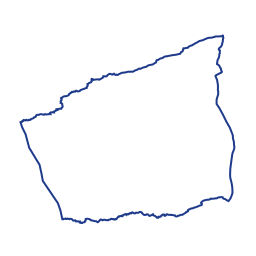 the district of Maravia, Tete, Mozambique, rotated 273°
{"feature_id": "85939544B82621359487865", "entity_name": "Maravia", "entity_type": "district", "adm_level": 2, "iso_a3": "MOZ", "parent_name": "Mozambique", "parent_adm1": "Tete", "projection": "equal_earth", "projection_center": [32.061, -15.024], "detail": "fine", "context": "isolated", "style": "outline", "palette": "blue", "viewbox_px": 256, "rotation_deg": 273, "n_neighbors": 0, "source": "geoboundaries", "source_scale": "gbopen_adm2", "svg_char_len": 5764}
<svg xmlns="http://www.w3.org/2000/svg" viewBox="0 0 256 256"><g transform="rotate(273 128 128)"><path d="M225.3,217.7L224.5,216.8L224.4,216.3L224.5,215.8L224.1,213.3L224.1,211.0L223.7,209.9L223.4,209.7L223.0,207.7L222.7,207.3L222.5,206.4L222.4,204.4L221.7,202.1L221.0,201.0L220.5,199.6L219.9,198.8L219.5,197.8L218.6,194.7L217.6,193.4L216.3,191.1L216.0,190.8L215.9,190.4L215.0,189.3L214.8,188.7L214.1,188.1L213.8,187.0L212.6,184.7L212.0,183.9L211.5,183.8L211.2,183.4L210.9,181.3L210.5,180.4L210.5,179.3L209.7,179.2L209.3,178.7L208.3,178.8L207.7,178.6L207.1,178.2L206.8,177.3L206.5,177.0L204.8,176.2L204.3,174.0L203.9,173.1L202.8,167.4L202.2,165.3L202.1,164.4L201.6,163.2L201.6,162.1L201.2,161.0L200.9,160.3L199.8,158.9L199.5,158.3L199.3,157.3L198.7,156.0L197.7,154.8L197.2,153.1L196.7,152.8L195.2,152.7L194.8,152.4L194.4,151.5L192.8,149.5L191.8,145.7L191.5,144.8L190.6,143.8L190.1,142.9L189.1,139.7L188.5,138.7L187.7,137.0L187.9,136.3L187.6,135.3L186.8,134.4L185.9,132.2L184.4,129.8L184.5,128.2L184.2,127.1L184.3,126.0L184.1,124.6L183.4,122.9L183.4,122.1L182.9,120.0L182.9,119.1L181.8,117.2L181.4,116.2L180.8,115.5L180.4,114.7L180.7,113.7L180.4,113.1L180.6,112.7L180.6,112.0L181.5,111.2L181.2,110.4L180.7,110.1L180.5,109.6L180.6,108.9L181.2,107.6L181.1,106.8L180.7,106.0L180.3,105.6L179.7,104.7L178.5,104.0L178.3,102.7L178.5,101.3L178.4,100.6L177.4,100.6L177.0,100.3L175.3,97.8L175.2,97.3L174.7,96.7L175.0,96.0L174.9,93.8L174.2,91.0L174.5,90.5L175.0,90.2L175.1,89.2L174.7,89.0L173.7,89.0L172.9,89.4L171.9,88.9L170.7,86.5L170.1,86.0L169.8,85.2L168.2,85.6L166.8,84.6L166.0,84.8L163.4,78.6L162.5,78.0L162.1,77.1L161.9,75.8L162.6,74.4L162.5,74.1L161.8,73.7L161.5,73.3L161.8,72.3L160.9,71.1L161.2,70.4L161.2,70.2L160.1,69.2L160.1,68.7L159.4,68.4L159.0,67.5L157.8,67.1L156.9,65.7L156.7,64.7L156.3,63.8L156.4,63.1L156.3,62.5L155.6,61.3L155.1,60.9L154.6,59.7L153.9,59.6L153.4,60.2L152.5,60.2L152.2,60.1L151.5,59.4L150.7,59.3L149.9,59.9L149.4,59.6L149.0,60.6L148.5,61.1L147.5,61.1L147.0,61.4L145.7,61.6L144.9,60.9L143.7,60.3L143.8,59.2L143.6,58.4L143.4,57.9L143.0,55.4L142.6,55.4L142.2,56.3L140.7,53.4L139.7,53.4L139.8,53.1L139.7,52.9L139.9,52.0L139.6,51.4L139.6,50.1L139.1,49.5L138.0,49.8L138.3,48.9L137.6,48.5L137.6,47.5L137.2,46.0L137.5,44.7L137.4,44.1L136.8,43.4L137.1,42.7L137.0,42.1L137.3,40.2L137.0,39.1L136.6,38.6L136.4,37.9L136.5,37.0L136.3,36.4L135.7,35.6L134.3,35.2L133.8,33.7L132.9,33.1L132.3,31.8L132.0,30.9L131.1,30.2L130.9,29.5L131.1,28.8L130.9,28.4L130.6,28.3L130.4,27.9L130.4,26.8L130.9,26.1L130.6,25.5L130.2,25.2L130.6,23.4L130.2,23.0L129.6,23.0L129.3,22.0L128.7,22.0L128.5,20.9L128.2,20.3L123.1,22.3L116.3,26.1L103.2,30.3L86.6,41.6L78.3,43.9L70.7,45.7L49.3,61.9L42.3,64.8L32.7,67.4L33.2,67.4L33.5,68.2L33.9,68.6L34.0,69.8L34.3,70.3L34.2,70.8L33.9,71.0L33.9,71.5L34.4,72.3L34.1,72.9L34.1,74.2L33.9,74.4L34.2,74.8L34.3,75.7L34.1,76.6L32.6,78.2L32.6,78.9L33.1,79.9L32.6,80.8L32.0,81.0L32.0,81.8L32.2,83.6L31.9,84.4L32.0,84.7L31.4,84.7L31.4,85.0L31.0,84.9L30.8,85.5L30.7,86.5L30.9,86.8L30.8,87.2L31.0,87.3L31.3,87.8L31.7,89.6L32.3,89.9L32.8,89.9L33.1,90.4L34.4,90.6L34.9,90.5L35.3,92.2L34.9,94.5L34.5,95.0L34.4,95.5L33.9,95.7L33.8,96.0L33.8,97.0L33.2,100.0L33.3,100.9L32.3,102.7L33.6,104.2L34.1,104.3L35.2,105.5L35.0,106.4L34.5,107.5L34.9,108.0L35.2,109.4L34.8,110.8L34.9,112.4L34.8,112.9L34.9,113.2L35.3,113.4L35.7,115.0L36.0,115.5L36.4,115.8L36.5,116.2L36.2,117.1L36.3,118.6L35.9,118.8L35.8,119.7L36.6,120.6L36.6,120.9L36.4,121.1L36.5,121.3L38.4,122.5L38.6,122.8L38.7,123.4L39.4,123.6L39.5,124.7L39.8,125.3L39.6,126.2L40.1,126.6L39.8,127.2L40.7,127.6L41.1,128.0L41.3,129.0L41.9,129.8L41.9,130.2L41.7,130.2L41.5,130.7L41.2,130.9L41.9,131.5L41.9,132.1L42.1,132.5L41.8,132.7L42.2,133.2L42.3,133.7L42.5,133.7L43.1,134.4L43.2,134.9L42.9,135.6L43.2,136.0L43.6,136.0L44.0,136.9L43.5,137.6L43.0,139.0L43.2,139.7L43.9,140.4L43.8,142.6L44.8,144.2L44.8,145.2L44.4,146.0L44.1,146.4L43.5,146.6L42.1,148.5L42.0,149.3L42.2,150.4L42.9,151.4L42.5,152.7L41.5,153.8L41.3,154.3L41.8,155.1L42.3,156.4L42.9,156.9L43.2,157.5L42.1,158.0L41.5,159.8L41.2,160.0L40.6,161.1L39.9,161.6L40.0,163.0L40.3,163.3L40.9,163.1L41.1,163.3L41.0,163.9L41.2,165.3L42.1,165.7L42.2,166.2L43.1,166.7L43.3,167.0L43.2,167.5L43.5,168.2L43.4,168.6L43.0,168.7L42.9,169.1L42.3,169.1L42.2,169.3L42.4,170.0L42.8,170.2L43.1,170.7L43.7,170.9L43.9,171.3L43.8,172.1L43.6,172.4L43.4,173.3L43.4,174.6L43.6,175.4L43.4,175.9L43.5,176.8L43.2,177.9L43.3,178.9L43.2,179.4L42.3,180.0L42.2,181.2L42.7,182.4L43.0,182.6L43.2,183.8L43.6,184.2L44.0,185.2L44.2,187.0L45.0,187.9L46.3,190.0L47.0,190.3L47.7,192.0L48.2,192.3L48.9,192.0L49.1,192.1L49.7,192.8L50.0,193.9L50.5,194.2L51.1,196.0L51.1,196.5L51.5,197.6L51.8,197.8L52.4,199.9L54.3,203.7L54.9,205.5L56.1,205.8L56.4,205.6L56.8,205.0L57.3,204.9L58.5,205.9L59.5,207.4L60.4,210.3L60.6,212.1L61.0,213.5L61.8,214.3L61.6,215.2L61.8,215.7L61.9,217.2L62.4,219.4L62.4,220.2L63.5,222.1L63.9,225.3L63.8,226.1L62.6,226.8L62.0,228.9L61.0,230.5L60.3,232.2L63.0,234.0L65.8,235.0L68.4,235.7L72.1,235.5L74.9,235.1L78.6,234.3L83.8,232.7L86.7,232.4L92.7,232.3L106.2,233.4L108.3,233.7L111.6,234.8L113.3,235.2L114.8,235.2L117.7,234.6L119.2,234.6L123.4,233.3L125.7,233.1L127.0,232.7L133.8,229.6L139.2,226.1L146.3,222.1L152.5,218.3L156.7,215.2L161.2,215.0L166.3,216.3L169.0,216.2L170.3,215.8L175.3,215.6L180.5,214.5L184.5,212.6L185.2,213.0L187.4,216.7L188.2,218.3L188.9,218.8L189.3,218.8L190.2,218.1L192.3,217.6L192.6,217.2L195.1,215.8L195.9,214.8L196.3,213.7L196.7,213.5L200.5,213.9L203.2,215.1L205.1,215.4L206.4,215.3L207.6,215.8L209.2,215.6L210.1,215.8L210.5,215.4L211.0,214.6L212.0,214.6L212.5,214.9L213.5,216.0L214.4,216.8L216.6,217.7L217.6,217.6L219.0,218.1L222.1,218.2L222.7,218.5L223.4,218.4L223.8,218.1L225.1,218.1L225.3,217.7Z" fill="none" stroke="#1e3a8a" stroke-width="2"/></g></svg>